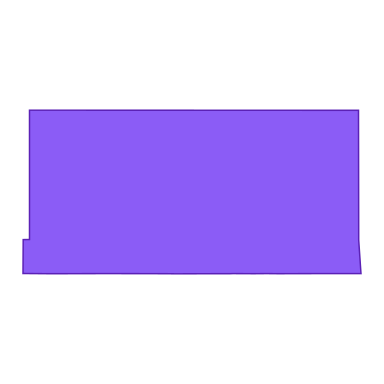 Deuel, Nebraska, United States of America
{"feature_id": "52423323B45543435698504", "entity_name": "Deuel", "entity_type": "district", "adm_level": 2, "iso_a3": "USA", "parent_name": "United States of America", "parent_adm1": "Nebraska", "projection": "natural_earth1", "projection_center": [-102.339, 41.112], "detail": "fine", "context": "isolated", "style": "filled", "palette": "violet", "viewbox_px": 384, "rotation_deg": 0, "n_neighbors": 0, "source": "geoboundaries", "source_scale": "gbopen_adm2", "svg_char_len": 483}
<svg xmlns="http://www.w3.org/2000/svg" viewBox="0 0 384 384"><path d="M358.5,110.3L29.5,110.2L29.5,239.5L23.2,239.6L23.0,273.5L48.2,273.7L49.9,273.7L50.1,273.7L55.7,273.7L61.2,273.7L102.0,273.6L112.4,273.6L113.1,273.6L166.3,273.7L175.6,273.8L217.8,273.7L218.0,273.7L218.7,273.7L230.2,273.7L232.7,273.6L254.0,273.7L265.7,273.6L267.4,273.6L278.2,273.7L317.5,273.6L349.8,273.6L361.0,273.6L360.9,272.5L358.7,240.0L358.5,110.3Z" fill="#8b5cf6" stroke="#5b21b6" stroke-width="1.5"/></svg>